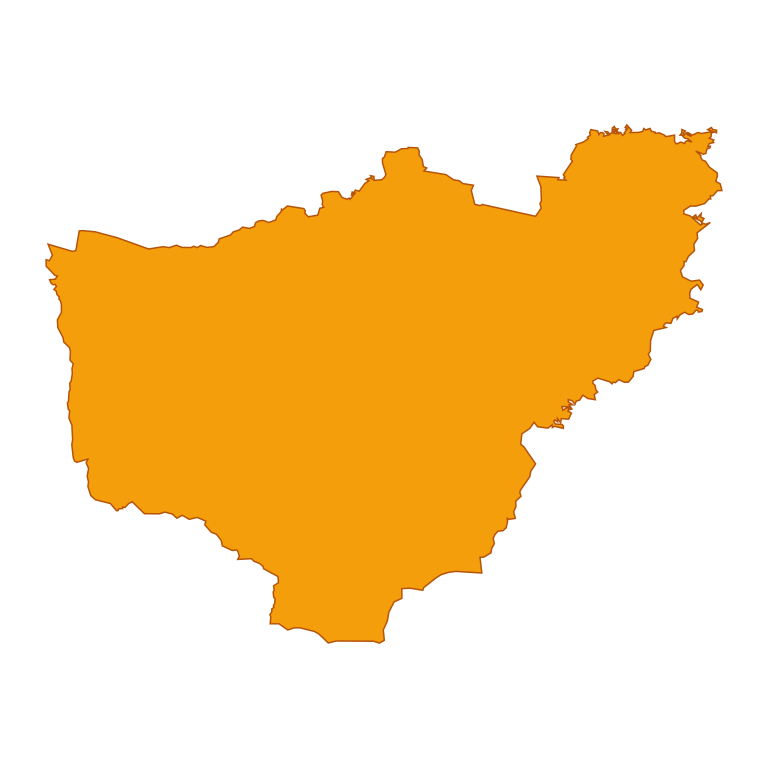 outline of Suciu De Sus, Maramures, Romania
{"feature_id": "2599482B58467400013366", "entity_name": "Suciu De Sus", "entity_type": "district", "adm_level": 2, "iso_a3": "ROU", "parent_name": "Romania", "parent_adm1": "Maramures", "projection": "robinson", "projection_center": [24.066, 47.421], "detail": "fine", "context": "isolated", "style": "filled", "palette": "amber", "viewbox_px": 768, "rotation_deg": 0, "n_neighbors": 0, "source": "geoboundaries", "source_scale": "gbopen_adm2", "svg_char_len": 6072}
<svg xmlns="http://www.w3.org/2000/svg" viewBox="0 0 768 768"><path d="M336.0,641.0L373.4,641.2L379.4,643.1L384.3,640.3L383.3,629.9L387.4,620.9L388.8,612.3L394.1,601.9L401.9,598.3L401.8,588.6L410.3,588.2L422.8,590.3L423.7,587.6L435.7,578.1L441.2,574.6L448.8,572.3L455.9,571.4L481.8,573.0L480.0,557.3L483.8,557.1L491.0,552.8L491.6,548.5L494.3,543.7L493.2,538.4L494.9,534.6L497.9,531.2L502.9,530.7L506.1,527.9L507.6,521.3L507.2,518.3L509.2,519.3L515.3,518.4L513.6,511.8L515.9,506.8L515.7,501.3L521.0,496.2L519.8,492.2L520.6,490.0L529.7,476.8L530.8,471.2L535.6,463.9L524.0,447.0L520.7,444.1L521.9,433.8L529.8,428.4L534.1,422.3L537.6,426.8L547.9,428.1L552.1,424.8L552.3,427.6L554.4,426.3L563.3,428.4L563.4,425.9L562.1,424.5L555.3,424.0L553.7,421.3L554.8,419.9L557.6,421.8L557.5,418.5L560.6,422.8L561.3,418.6L568.6,419.2L571.4,413.1L567.8,410.9L569.1,409.4L567.3,407.3L562.9,410.3L561.9,406.5L569.2,406.8L570.1,409.5L571.9,409.0L569.0,404.7L572.8,404.8L568.3,401.8L568.3,399.5L572.1,400.7L575.0,404.2L576.3,401.0L579.6,400.2L582.8,395.2L587.8,398.5L595.3,399.7L594.2,394.6L597.7,392.0L596.0,390.2L595.1,385.5L592.9,383.4L592.9,381.0L597.9,378.1L609.7,381.8L612.1,383.9L613.2,382.1L615.5,382.6L618.7,379.6L624.5,382.3L628.4,382.1L633.1,376.5L633.8,371.6L644.2,368.5L644.9,366.6L647.9,365.2L650.8,359.3L648.3,354.3L650.3,351.0L650.6,340.5L653.8,330.4L666.1,327.5L663.5,326.3L664.3,324.4L666.2,322.8L670.9,323.4L673.0,318.2L677.2,316.3L677.3,318.9L679.9,314.9L684.6,312.2L688.7,314.5L692.8,314.0L695.9,310.2L697.8,310.3L698.4,312.1L702.0,311.5L702.4,309.5L696.6,307.2L698.6,302.1L689.9,298.2L689.7,292.9L691.2,289.0L697.4,284.5L700.8,289.8L703.2,285.0L699.5,280.1L691.1,281.2L682.5,276.9L680.4,270.4L684.0,265.7L684.1,261.5L685.9,261.6L688.4,256.5L694.5,250.6L693.8,244.3L697.6,238.5L697.1,232.8L710.3,222.5L705.5,224.3L702.4,223.1L701.9,222.0L704.0,218.6L700.7,217.0L701.2,213.6L696.8,218.3L695.7,214.8L692.9,217.0L701.2,221.4L701.9,224.5L700.4,225.0L690.2,215.9L683.8,213.8L683.8,210.3L690.5,206.0L695.6,206.2L704.6,203.6L709.0,198.8L710.7,199.0L710.3,195.8L712.9,195.8L717.5,190.6L721.9,190.6L720.2,183.8L715.8,181.4L717.4,175.9L717.2,172.9L709.2,167.0L705.5,161.3L702.2,160.0L700.5,156.9L701.0,155.7L695.8,151.0L703.2,154.2L705.8,153.5L706.9,149.1L710.0,147.8L710.4,146.3L707.8,146.6L709.4,143.5L713.6,142.6L712.7,141.6L713.8,140.0L709.2,138.2L711.1,136.7L711.3,133.1L714.5,131.9L716.5,132.8L716.6,130.2L712.8,129.6L711.4,127.5L707.7,129.7L712.3,131.6L701.3,133.5L698.0,132.5L692.3,135.1L687.2,132.2L688.5,134.3L690.6,134.8L690.7,136.2L687.7,135.0L686.2,132.8L683.5,135.8L683.5,133.0L685.3,131.0L681.9,129.5L681.8,132.9L680.1,135.2L682.0,135.2L684.4,138.0L688.1,138.9L691.9,142.1L687.5,140.6L685.4,141.6L684.6,143.5L680.8,142.1L676.5,144.0L674.5,141.5L674.6,135.1L665.5,136.7L665.0,135.4L659.2,132.8L655.3,133.4L655.3,132.3L651.4,131.2L650.1,128.4L645.8,129.9L643.8,128.5L642.8,131.3L638.8,132.4L630.0,132.6L631.6,130.3L626.8,124.9L625.2,127.4L627.5,128.2L625.8,129.3L626.7,129.8L624.2,132.9L624.9,133.6L622.6,135.4L620.7,132.4L618.9,132.6L618.8,134.5L617.3,131.1L616.1,131.8L617.5,131.8L616.5,133.8L613.8,133.3L614.8,131.4L612.8,131.4L613.3,129.4L616.8,130.5L617.9,128.9L615.8,129.0L614.2,126.4L612.4,128.0L612.0,132.9L609.5,133.7L610.0,135.3L607.9,131.9L605.2,131.5L608.1,135.1L603.6,136.4L604.0,133.7L602.1,132.5L600.2,132.7L598.9,134.6L597.7,131.0L590.9,129.6L589.6,132.9L590.4,135.1L587.4,137.3L588.3,138.6L583.5,142.0L575.8,144.6L576.5,146.0L571.3,154.8L570.9,159.4L572.4,161.1L563.3,174.7L564.9,176.9L563.8,178.0L565.9,180.2L557.9,179.7L559.0,177.6L536.9,176.1L540.9,186.8L541.4,201.0L540.0,203.4L541.1,208.2L535.6,216.3L482.4,204.5L480.3,205.6L474.8,204.4L471.3,190.5L473.4,185.2L462.8,183.6L459.4,180.8L453.6,179.8L445.9,174.6L423.9,171.0L426.7,168.0L423.4,166.6L422.2,159.6L419.1,154.9L419.2,151.1L417.6,147.9L408.2,147.4L408.0,148.5L401.5,148.8L395.2,152.2L386.2,151.7L384.4,157.0L382.5,158.5L382.4,162.6L385.9,174.5L384.9,176.8L381.9,179.7L374.1,180.4L373.9,176.4L370.6,175.7L372.0,178.9L369.8,178.0L366.2,179.4L368.9,180.8L364.9,183.4L359.2,191.2L355.4,190.1L353.9,192.7L352.2,192.0L351.5,195.0L355.6,192.6L350.0,199.4L349.2,198.1L346.9,199.2L342.1,197.5L338.4,191.7L331.8,191.4L323.0,193.3L321.1,195.2L322.7,201.0L322.2,204.6L323.8,207.3L319.8,208.3L317.8,215.1L308.4,216.8L304.8,213.2L305.3,210.9L303.9,208.6L287.5,206.0L282.3,210.0L281.5,209.2L281.0,211.9L276.9,216.3L275.7,220.0L268.8,222.5L263.1,220.4L258.5,221.0L255.6,222.7L254.5,226.4L249.5,228.4L242.6,227.1L239.1,230.0L233.3,231.9L230.5,235.0L219.2,238.9L218.2,242.5L213.9,246.6L206.8,247.4L200.7,245.5L197.2,247.6L193.6,246.3L191.0,247.5L181.8,247.4L176.5,245.2L169.2,247.6L162.9,246.7L148.6,249.0L117.7,237.9L95.2,231.8L82.4,230.6L79.2,231.0L75.9,250.6L72.5,251.4L48.1,244.2L52.4,255.1L49.4,260.7L46.1,259.7L46.2,266.2L54.9,275.3L57.5,276.1L55.4,278.8L56.1,279.1L49.6,279.7L51.0,283.0L52.9,284.7L55.2,284.5L56.5,286.4L53.9,289.4L56.3,291.2L56.9,294.5L59.3,297.0L58.9,299.0L60.7,301.3L61.4,305.0L61.4,312.4L57.4,319.9L57.8,327.5L63.0,337.5L63.8,342.1L69.4,347.5L70.4,351.2L70.0,360.1L73.3,363.8L72.0,368.4L72.3,373.8L71.1,381.1L69.7,383.3L70.2,390.0L69.1,391.3L68.4,401.6L67.4,402.9L68.2,409.1L69.6,410.8L68.9,418.0L71.9,425.2L72.6,439.9L71.8,444.7L73.3,457.9L74.6,461.1L76.8,462.3L87.9,459.0L86.1,462.8L88.6,468.4L87.2,476.2L88.5,481.9L87.9,486.5L90.8,495.6L95.5,499.8L110.4,503.5L116.5,510.7L118.1,510.6L118.6,508.8L122.7,508.6L122.8,507.1L125.2,507.3L128.7,503.5L132.3,501.8L144.4,513.7L159.6,513.8L164.8,512.1L172.2,514.0L176.9,518.2L182.3,515.3L189.2,519.3L197.3,517.4L205.8,521.1L204.8,524.8L211.3,532.3L216.4,534.2L221.1,540.2L222.4,545.9L232.3,550.5L236.5,549.9L237.7,551.0L239.4,556.1L237.7,559.4L251.4,558.7L254.1,561.3L259.8,563.6L263.1,566.5L263.6,568.7L277.9,576.5L278.5,582.6L273.6,585.8L274.2,590.4L273.2,591.9L273.7,597.4L275.0,598.6L274.8,603.1L273.4,605.7L273.9,607.6L271.9,608.7L271.8,611.8L269.9,614.7L270.8,616.8L270.2,623.8L279.0,623.8L287.8,630.0L294.0,627.9L299.9,627.8L314.3,631.4L318.9,634.0L328.3,643.0L336.0,641.0Z" fill="#f59e0b" stroke="#b45309" stroke-width="1.5"/></svg>